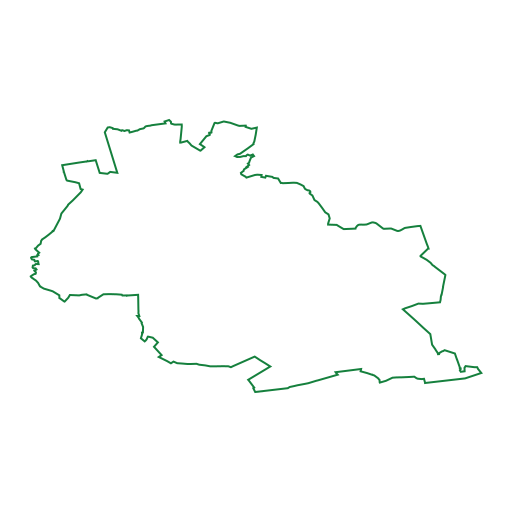 Zemītes pag., Kandavas, Latvia
{"feature_id": "27541924B24941792791033", "entity_name": "Zemītes pag.", "entity_type": "district", "adm_level": 2, "iso_a3": "LVA", "parent_name": "Latvia", "parent_adm1": "Kandavas", "projection": "equal_earth", "projection_center": [22.809, 56.907], "detail": "fine", "context": "isolated", "style": "outline", "palette": "green", "viewbox_px": 512, "rotation_deg": 0, "n_neighbors": 0, "source": "geoboundaries", "source_scale": "gbopen_adm2", "svg_char_len": 5892}
<svg xmlns="http://www.w3.org/2000/svg" viewBox="0 0 512 512"><path d="M104.8,132.3L116.2,169.3L117.3,172.8L110.2,171.9L108.0,173.5L107.4,173.8L99.7,172.9L95.7,160.2L88.9,161.2L88.0,161.3L87.5,161.0L86.7,161.6L86.3,161.5L78.7,162.6L62.2,165.2L63.8,171.4L63.7,171.8L63.9,171.9L66.4,179.8L67.1,180.6L75.2,182.2L77.5,182.8L79.1,183.3L80.6,189.0L82.6,189.6L82.1,190.4L80.7,192.4L72.7,200.5L68.1,204.7L67.9,205.4L67.0,206.6L61.5,213.4L61.4,213.5L61.3,213.8L60.0,218.6L59.4,219.8L53.5,231.0L53.3,230.9L52.7,230.9L52.0,232.0L48.7,234.7L45.3,237.3L41.9,239.6L41.6,240.3L41.2,240.7L40.6,243.8L38.1,245.6L36.0,248.1L35.0,248.5L35.4,249.3L36.2,250.0L39.2,252.7L38.0,253.7L38.1,254.4L38.4,255.0L37.2,255.2L37.2,255.3L37.3,256.4L31.6,257.1L31.1,257.6L31.3,258.4L32.0,259.4L34.3,259.8L34.8,261.3L35.1,261.4L35.8,261.3L37.7,261.0L37.9,261.1L38.0,261.2L38.1,261.4L38.3,262.8L38.6,264.1L37.7,264.1L37.0,264.0L35.6,264.1L34.7,265.2L34.4,265.3L32.9,265.6L32.7,266.7L32.6,267.5L32.9,267.9L33.7,268.3L35.6,268.3L36.5,269.5L34.8,270.6L34.4,270.7L34.5,270.9L35.9,272.3L35.7,273.7L35.4,273.9L34.2,274.1L32.5,275.1L30.7,276.4L30.7,276.5L31.7,277.7L33.0,278.4L33.2,278.7L35.9,280.5L38.1,282.9L39.9,286.2L40.2,286.3L40.2,286.5L43.8,288.6L50.9,290.7L52.7,291.3L59.3,295.3L59.4,298.1L60.3,298.6L64.1,301.4L64.6,301.6L65.0,301.2L68.3,297.7L68.8,296.8L69.9,295.0L79.2,295.4L81.9,294.8L86.3,294.4L86.3,294.5L96.0,298.5L97.5,298.3L97.5,298.1L103.4,294.3L109.4,294.1L116.6,294.3L121.8,294.7L122.4,295.5L127.2,295.4L127.2,295.6L127.5,295.5L132.3,295.2L138.1,294.8L138.2,297.5L138.4,309.4L138.5,311.2L138.4,313.2L139.3,316.0L137.3,316.0L138.7,317.8L138.9,318.5L141.9,322.6L141.6,323.2L143.1,327.0L142.9,332.5L142.0,332.6L142.1,334.3L140.9,338.3L144.7,341.4L145.7,340.5L146.6,339.4L147.8,336.7L148.5,336.7L152.8,337.7L153.1,338.0L157.9,342.4L154.0,346.8L161.6,355.1L158.8,357.0L167.1,361.1L170.9,363.3L173.5,361.6L177.2,363.2L181.7,363.5L187.5,364.0L190.6,364.0L196.5,363.8L199.2,364.7L205.3,365.4L210.0,366.3L216.9,366.3L223.1,366.2L228.4,366.3L230.9,367.2L231.3,367.0L233.4,366.0L254.7,356.6L257.6,358.5L260.0,360.1L265.1,363.2L270.3,366.5L248.2,379.8L248.9,380.6L254.2,387.6L253.3,388.2L255.2,392.0L287.7,388.2L287.8,388.2L289.7,387.0L294.0,386.1L297.3,385.3L304.8,383.9L308.3,383.2L316.5,380.7L317.8,380.4L337.7,374.7L336.3,373.2L335.6,372.2L361.1,369.0L360.6,371.3L367.2,373.1L372.2,374.8L372.5,374.7L372.6,374.8L372.8,375.0L374.2,375.4L374.5,375.6L378.4,378.5L378.6,379.0L379.5,379.9L379.6,381.1L379.7,382.4L379.8,382.6L386.0,380.8L392.5,377.7L396.6,377.4L402.2,377.3L408.9,377.0L414.3,376.7L416.5,378.2L417.7,378.7L421.8,379.1L424.0,378.8L425.1,382.9L425.1,383.0L465.1,378.4L481.3,373.0L478.0,368.9L477.2,367.2L474.5,367.2L465.6,366.1L464.5,367.8L464.6,371.3L460.8,371.8L459.9,370.4L460.7,369.1L460.6,368.3L459.8,368.3L459.7,367.1L457.0,359.4L456.9,359.4L454.9,353.5L444.6,350.2L443.1,351.1L442.2,351.3L439.5,352.9L439.1,354.1L438.0,354.2L437.7,353.0L437.6,352.8L436.8,351.6L435.7,350.0L435.5,349.5L432.1,344.7L430.3,334.1L423.3,327.8L418.9,323.7L413.9,319.1L402.9,309.3L405.1,308.3L411.8,306.1L418.4,303.6L423.0,303.8L427.7,303.4L440.0,302.3L440.6,299.8L440.9,296.5L441.4,294.7L441.6,294.7L443.1,287.0L443.0,286.8L445.4,275.0L444.7,274.3L434.6,266.6L434.4,266.3L432.5,265.1L430.6,262.8L426.5,259.7L425.3,259.1L424.9,258.8L423.1,257.8L420.7,256.5L420.5,256.3L420.5,256.0L420.5,255.9L428.2,248.5L428.5,248.5L427.8,246.4L426.8,243.9L420.4,225.9L417.6,226.1L410.9,227.0L405.1,227.9L404.5,228.1L402.1,229.5L400.2,230.5L398.8,230.9L398.0,231.0L397.2,230.9L391.1,228.5L390.7,228.5L384.0,228.8L383.4,228.7L382.6,228.2L376.4,223.4L375.3,222.9L373.1,222.4L372.1,222.4L370.6,222.9L367.9,224.0L366.5,224.5L363.7,224.7L361.0,224.6L359.1,224.7L358.6,224.9L358.2,225.0L357.6,225.5L357.1,225.9L356.1,227.2L355.6,228.0L355.5,228.6L343.9,229.1L343.5,229.0L338.6,226.1L336.7,224.9L328.1,224.6L328.1,223.6L329.7,218.4L328.5,214.4L325.2,212.3L322.2,208.0L318.7,203.3L317.4,201.9L315.2,200.5L314.7,200.2L314.4,199.9L314.1,199.2L312.6,195.9L312.4,195.5L311.3,194.7L310.1,193.9L309.6,193.4L309.5,193.1L310.4,192.1L310.2,191.3L309.3,190.6L308.8,190.4L307.6,190.3L305.3,189.1L305.1,188.9L304.7,188.3L304.2,187.4L303.6,186.1L300.6,184.5L296.9,182.9L293.6,182.7L288.1,183.0L282.9,183.2L281.4,182.9L280.8,183.0L278.1,178.5L273.5,177.9L272.4,176.9L266.0,175.8L265.3,177.6L261.3,176.9L261.6,175.0L257.3,174.7L254.9,175.0L246.4,177.6L245.5,176.6L245.3,176.6L241.3,174.3L240.9,172.9L243.4,171.0L243.5,171.0L244.0,169.4L244.5,169.0L245.4,168.5L247.4,167.2L246.7,166.9L249.1,165.0L247.9,163.6L249.1,162.7L249.3,161.8L250.2,159.5L250.9,157.9L251.2,157.5L254.0,156.1L252.8,154.5L252.0,154.9L251.1,155.1L250.4,155.6L249.8,155.5L248.3,154.8L247.7,154.6L247.0,155.0L246.4,155.5L246.0,156.1L243.5,156.1L240.4,156.9L237.0,157.0L236.7,156.8L235.1,156.1L237.5,154.4L240.0,153.8L247.9,148.3L253.6,144.1L253.4,143.4L254.3,141.5L255.7,134.7L256.8,127.6L251.4,128.8L245.6,126.9L245.8,125.9L246.6,125.6L246.4,125.6L239.3,125.9L239.0,125.8L237.9,125.5L230.3,122.8L223.9,121.5L223.7,121.5L217.8,123.3L217.7,123.3L215.0,122.8L214.5,123.1L211.4,130.8L211.4,131.3L211.5,132.3L211.4,132.6L211.0,132.7L209.2,132.7L209.0,133.0L209.7,133.9L209.8,134.7L209.7,135.0L206.4,136.2L199.9,144.1L204.4,147.1L204.5,147.2L200.5,150.7L200.3,150.7L191.6,145.6L191.2,145.2L189.5,143.2L188.5,142.3L187.6,141.4L187.3,140.9L180.9,142.6L180.2,142.6L180.2,141.6L180.6,138.8L181.7,127.6L181.8,126.0L181.7,124.5L174.9,124.6L174.2,124.5L171.3,123.7L171.1,123.5L170.9,121.7L169.1,120.0L164.6,121.5L165.5,123.4L151.7,125.2L150.0,125.7L148.7,125.8L146.3,126.2L145.8,126.4L145.4,126.6L144.9,127.1L144.0,128.1L143.5,128.4L139.8,129.2L137.4,130.6L136.2,130.7L132.8,131.7L130.9,132.2L129.6,132.5L129.0,130.4L126.8,130.2L124.4,131.0L123.2,130.5L122.1,130.2L121.5,130.8L117.6,129.3L112.9,128.8L112.7,128.1L110.1,127.3L109.7,127.2L107.7,127.5L104.8,132.3Z" fill="none" stroke="#15803d" stroke-width="2"/></svg>